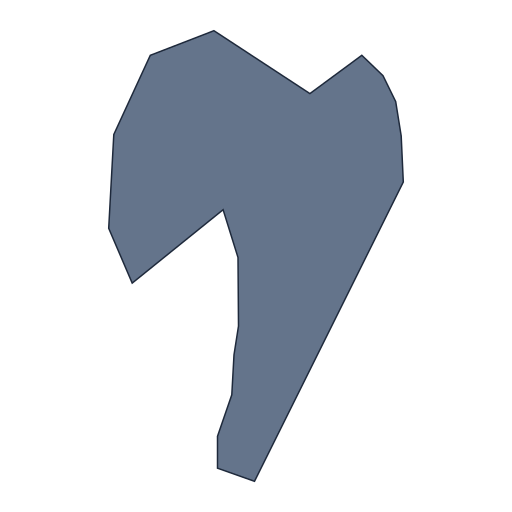 the state/province of Vårdö
{"feature_id": "ALD-4820", "entity_name": "Vårdö", "entity_type": "state/province", "adm_level": 1, "iso_a3": "ALA", "parent_name": "Aland", "parent_adm1": "", "projection": "orthographic", "projection_center": [20.395, 60.233], "detail": "fine", "context": "isolated", "style": "filled", "palette": "slate", "viewbox_px": 512, "rotation_deg": 0, "n_neighbors": 0, "source": "natural_earth", "source_scale": "10m", "svg_char_len": 366}
<svg xmlns="http://www.w3.org/2000/svg" viewBox="0 0 512 512"><path d="M361.8,55.3L383.0,75.7L395.7,101.6L401.2,136.0L403.3,182.0L254.5,481.3L217.5,468.2L217.5,436.3L231.8,394.8L234.0,354.8L238.5,326.1L238.0,257.5L223.1,209.7L132.2,283.1L108.7,228.3L113.8,134.5L150.3,55.3L213.9,30.7L309.9,93.6L361.8,55.3Z" fill="#64748b" stroke="#1e293b" stroke-width="1.5"/></svg>